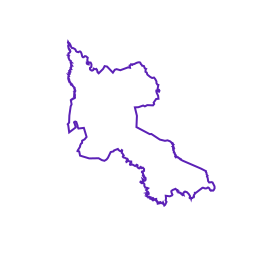 the district of Bougouni, Sikasso, Mali, rotated 317°
{"feature_id": "8926073B95704920034733", "entity_name": "Bougouni", "entity_type": "district", "adm_level": 2, "iso_a3": "MLI", "parent_name": "Mali", "parent_adm1": "Sikasso", "projection": "equal_earth", "projection_center": [-7.39, 11.295], "detail": "fine", "context": "isolated", "style": "outline", "palette": "violet", "viewbox_px": 256, "rotation_deg": 317, "n_neighbors": 0, "source": "geoboundaries", "source_scale": "gbopen_adm2", "svg_char_len": 5897}
<svg xmlns="http://www.w3.org/2000/svg" viewBox="0 0 256 256"><g transform="rotate(317 128 128)"><path d="M127.5,45.1L126.4,45.5L126.6,46.0L126.5,46.4L125.4,45.8L124.4,46.4L124.3,47.0L123.7,46.4L123.2,47.3L122.4,47.2L122.4,47.6L123.0,48.1L122.7,48.4L122.1,48.8L121.4,48.5L120.8,48.8L120.6,48.4L120.2,50.0L119.1,49.9L118.7,50.4L118.3,51.9L117.7,51.6L117.3,53.0L117.0,53.0L116.5,54.3L117.0,54.5L116.6,55.1L116.8,55.5L116.6,56.1L116.7,56.7L116.0,57.0L115.9,57.6L116.7,57.8L116.4,58.6L116.6,59.1L116.2,59.7L116.4,61.9L115.8,62.3L116.0,62.7L115.4,63.1L115.4,63.7L114.6,64.1L114.7,65.0L113.4,65.5L113.1,65.2L112.8,66.1L112.1,66.2L111.4,66.9L111.9,66.9L111.8,67.7L110.6,68.5L110.4,69.1L110.1,69.4L109.8,69.0L109.5,69.7L109.0,69.7L108.2,69.0L107.4,68.9L107.2,69.2L106.1,68.9L106.0,68.6L105.2,68.6L102.9,72.2L100.8,73.1L93.6,78.9L88.6,83.9L86.5,84.1L86.2,85.2L82.0,91.1L90.0,91.9L90.7,91.0L92.0,88.3L92.3,87.2L93.0,86.9L93.9,87.4L94.3,88.3L92.7,91.9L92.0,92.7L91.4,94.6L95.8,97.8L91.6,106.3L88.5,106.7L85.8,106.0L84.2,107.6L83.0,107.4L81.0,108.2L80.2,109.0L75.7,110.2L75.3,110.5L76.2,111.5L76.3,111.9L74.1,115.5L78.9,123.8L85.9,130.1L87.0,133.7L88.4,135.9L90.8,136.4L93.0,136.1L98.9,133.8L101.5,135.2L102.5,134.9L106.3,136.4L106.1,137.6L106.5,139.5L107.1,140.3L108.4,139.9L108.5,140.4L106.5,141.9L106.6,142.8L106.2,145.1L105.3,145.1L104.9,145.6L104.6,145.6L104.6,146.5L105.4,147.6L106.1,150.1L106.4,150.0L106.5,150.6L106.4,150.9L103.9,151.3L103.7,151.8L105.8,152.2L106.3,153.4L107.5,154.7L106.8,155.5L105.8,155.3L104.5,156.1L104.5,156.5L106.3,157.7L107.3,160.7L109.3,160.8L109.6,161.6L109.3,162.1L108.6,162.1L108.2,162.9L108.3,164.6L108.9,165.4L109.4,165.5L110.1,165.0L110.8,165.1L110.7,166.7L111.8,167.1L111.8,168.9L110.5,170.3L108.5,169.4L108.1,169.7L108.0,170.0L108.3,171.0L107.3,172.4L107.3,173.1L106.5,172.9L106.3,173.5L106.6,174.6L106.0,175.0L106.1,175.7L106.8,176.2L106.7,176.7L106.2,176.9L105.6,177.9L104.4,178.0L104.1,177.5L103.8,175.5L103.4,176.3L103.4,177.5L101.4,176.8L100.7,175.8L100.2,176.0L100.3,177.6L101.8,178.9L101.7,180.3L100.5,181.4L100.0,183.5L101.0,184.5L101.6,185.8L98.9,185.7L98.8,187.1L99.0,187.9L97.6,188.4L97.2,188.2L97.5,188.7L98.9,189.0L98.8,189.6L98.3,190.3L97.8,190.5L97.0,189.3L95.9,189.1L95.7,190.8L95.1,190.5L95.5,191.9L95.4,192.6L96.7,192.9L97.2,193.9L96.4,194.0L96.0,195.0L97.6,196.2L97.9,195.9L98.5,196.1L98.6,196.5L98.3,197.0L97.5,197.1L96.8,196.8L96.9,198.0L97.2,198.1L97.7,197.7L98.6,198.1L98.6,198.9L98.8,199.2L99.6,198.7L100.2,199.1L99.4,199.9L99.5,200.5L98.9,200.9L98.8,202.7L99.3,202.5L99.3,202.8L98.9,203.4L98.5,203.0L98.1,203.6L99.3,204.3L100.0,203.7L100.9,204.1L101.2,204.3L101.0,204.7L100.5,204.4L100.3,204.5L100.3,204.9L101.1,205.2L101.7,206.7L102.9,206.3L102.7,206.9L102.1,207.3L102.2,208.2L101.7,209.4L102.8,209.5L105.8,208.3L106.1,206.7L107.8,205.4L109.4,203.3L112.0,206.5L114.2,207.3L115.0,207.1L115.8,204.9L116.4,203.9L117.0,203.6L118.7,203.9L121.3,204.9L121.3,206.2L121.8,206.9L121.1,207.3L121.0,208.0L121.4,208.3L120.9,208.5L121.3,209.3L121.0,209.6L121.6,210.1L121.8,211.5L122.2,211.5L122.2,212.3L122.6,212.6L122.5,213.8L122.1,213.8L122.2,214.3L122.8,214.2L123.0,214.8L123.5,213.8L125.1,213.1L125.8,213.5L126.4,213.4L127.3,215.0L127.4,217.7L126.9,220.2L125.4,221.1L125.4,221.6L126.2,222.3L126.0,222.7L126.6,222.3L127.3,223.1L128.3,223.0L128.9,223.5L129.6,223.1L130.2,222.1L132.1,221.7L132.7,221.0L133.5,221.7L141.7,222.5L142.4,223.2L142.9,224.4L143.6,225.2L144.5,225.8L145.7,225.9L146.1,226.3L146.3,227.6L145.7,229.4L145.9,230.5L146.7,230.6L147.4,231.8L148.6,231.8L150.3,231.1L151.5,229.6L152.7,225.5L152.2,224.6L150.2,223.2L150.4,221.5L152.2,218.9L152.7,217.3L153.6,217.2L153.8,215.6L154.8,214.3L154.9,213.4L155.6,212.8L153.7,207.5L145.8,189.4L145.1,187.4L145.4,186.8L144.9,186.4L145.0,186.0L144.8,185.6L145.0,185.3L144.4,183.8L144.6,183.5L143.8,182.1L143.0,182.1L143.0,181.8L143.1,180.9L143.7,180.5L144.1,180.7L144.1,179.9L143.8,179.8L144.5,179.7L144.4,179.1L145.1,178.3L144.8,177.2L145.5,176.8L146.0,175.3L146.5,175.2L147.1,174.6L146.4,174.5L146.6,174.2L147.1,173.6L147.8,173.9L147.9,172.4L148.4,172.8L149.2,171.0L149.9,171.1L149.8,169.7L150.3,169.6L150.3,169.4L149.6,169.1L149.9,168.3L149.7,166.5L148.5,164.0L146.3,162.6L143.4,158.2L141.0,148.3L139.7,147.3L134.8,133.1L142.8,125.2L147.1,117.6L149.8,119.9L154.4,121.9L155.1,123.7L157.7,124.4L161.7,128.5L163.5,128.3L164.1,126.9L168.4,126.0L170.2,127.4L172.0,125.0L173.0,121.8L173.7,120.5L174.3,119.9L174.9,120.2L174.9,121.3L175.4,122.6L176.4,122.2L176.7,121.2L176.3,120.7L176.3,119.6L179.6,117.2L179.1,116.3L179.4,114.6L180.6,113.3L181.3,110.7L181.4,108.8L179.8,107.9L179.5,107.2L179.0,105.4L178.6,102.4L178.7,101.8L179.5,100.3L179.1,98.8L180.8,97.2L181.5,97.1L181.0,95.7L181.9,93.5L180.8,92.1L181.1,90.9L181.0,90.0L181.5,88.7L181.4,88.0L180.3,87.0L178.7,86.2L176.2,85.5L174.9,84.6L174.3,84.8L173.8,83.6L173.4,83.9L171.8,83.4L170.6,85.3L169.4,83.7L161.8,80.5L159.8,77.2L158.1,76.4L154.7,77.2L154.6,68.8L153.1,66.8L150.2,67.8L144.5,68.0L144.7,67.7L144.4,67.3L143.8,67.2L143.8,66.3L145.0,64.4L145.1,63.1L144.1,62.7L143.4,61.2L142.0,61.9L141.0,61.6L140.5,61.1L140.2,59.5L140.4,58.9L141.2,58.1L142.8,58.4L144.7,56.5L145.3,54.7L144.8,54.0L144.3,53.7L143.6,53.7L142.6,54.7L142.1,54.0L141.8,53.3L141.9,52.6L142.5,52.0L142.7,52.3L144.0,51.9L144.4,50.7L146.5,49.1L146.1,46.8L145.4,46.0L143.8,46.0L143.2,45.3L143.4,44.3L144.8,41.8L145.3,40.2L145.2,39.4L144.6,38.9L143.4,38.7L142.6,37.5L142.4,36.3L143.1,34.6L142.5,32.4L141.6,31.3L141.6,30.3L142.6,27.8L143.0,26.0L142.7,25.0L142.9,24.2L142.3,24.6L142.1,26.0L141.4,27.1L140.8,27.5L140.4,27.0L140.1,27.2L139.7,28.3L139.1,28.7L138.9,30.0L138.6,30.1L138.4,30.9L138.7,31.4L138.2,31.7L138.2,32.6L137.1,33.1L135.3,32.8L134.3,34.1L133.8,33.9L134.1,35.0L132.8,35.3L132.6,36.2L132.2,36.5L131.5,38.7L131.9,40.0L131.3,40.8L131.4,41.8L130.6,41.2L129.9,42.4L129.6,44.3L128.9,43.7L128.5,44.3L127.4,44.6L127.5,45.1Z" fill="none" stroke="#5b21b6" stroke-width="2"/></g></svg>